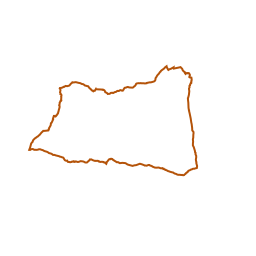 Popesti, Vâlcea, Romania, rotated 311°
{"feature_id": "2599482B78854434160228", "entity_name": "Popesti", "entity_type": "district", "adm_level": 2, "iso_a3": "ROU", "parent_name": "Romania", "parent_adm1": "Vâlcea", "projection": "orthographic", "projection_center": [24.101, 44.98], "detail": "fine", "context": "isolated", "style": "outline", "palette": "amber", "viewbox_px": 256, "rotation_deg": 311, "n_neighbors": 0, "source": "geoboundaries", "source_scale": "gbopen_adm2", "svg_char_len": 5763}
<svg xmlns="http://www.w3.org/2000/svg" viewBox="0 0 256 256"><g transform="rotate(311 128 128)"><path d="M143.0,206.2L144.5,205.2L144.9,204.8L145.3,204.1L146.4,202.5L146.7,202.4L146.9,202.1L147.2,201.9L147.6,201.2L148.6,200.0L150.8,198.6L151.7,197.7L151.9,197.5L152.3,196.4L153.1,195.6L153.5,195.4L153.6,195.1L153.6,194.7L154.7,193.4L156.7,190.2L157.3,188.7L157.6,188.2L158.3,187.7L159.1,187.0L160.3,186.2L162.0,184.4L163.5,183.6L165.8,181.7L166.9,181.0L167.9,180.1L168.1,179.6L168.2,178.6L168.4,178.0L170.2,176.3L172.7,173.5L173.8,172.0L176.3,169.1L179.5,164.9L181.2,162.5L181.4,162.5L182.1,161.4L183.2,160.2L186.6,157.0L188.8,154.6L189.3,154.2L189.8,153.6L190.4,153.5L193.0,152.2L196.0,150.1L197.4,148.5L197.9,148.1L199.0,147.8L199.9,146.9L200.2,146.7L200.9,146.8L201.6,146.3L202.4,146.1L202.9,146.2L203.1,145.9L203.3,145.9L203.7,146.1L203.8,146.0L203.8,145.8L203.9,145.6L204.8,145.3L205.1,144.9L205.6,144.8L206.3,144.3L207.1,143.4L207.6,142.8L206.7,141.4L206.7,140.8L208.6,140.0L209.3,138.4L209.3,137.8L208.6,137.3L208.7,137.1L208.5,136.8L207.3,136.0L206.6,136.0L206.7,135.2L206.8,135.0L207.5,135.3L207.3,133.4L207.4,131.6L208.2,130.1L208.4,127.7L206.6,126.4L202.8,123.5L203.1,122.6L203.3,122.6L203.5,122.5L201.0,121.6L199.4,120.7L199.0,120.6L198.5,120.3L198.3,120.3L198.3,120.1L198.9,118.6L199.1,117.9L199.6,117.0L199.9,116.6L198.2,116.2L196.6,116.2L194.7,115.8L194.0,115.6L192.6,115.4L191.8,115.6L191.1,115.4L189.1,115.7L188.4,115.6L186.8,115.6L184.9,116.0L183.7,116.1L182.4,117.0L181.7,117.3L181.2,117.3L180.2,117.1L178.9,116.3L177.3,115.2L176.9,114.6L174.7,112.9L174.3,112.6L174.0,112.7L173.2,112.0L172.7,111.5L171.9,110.3L170.8,109.1L170.2,108.1L169.6,107.7L168.9,106.7L167.4,105.4L166.9,105.2L166.5,105.2L165.3,105.6L164.1,105.6L163.1,105.3L162.2,105.3L161.7,105.1L161.3,104.8L159.7,102.7L159.4,102.3L158.9,101.0L158.4,100.6L157.1,99.9L156.1,99.1L154.5,99.3L153.9,99.5L153.0,99.4L152.7,99.5L152.1,98.7L152.0,98.1L151.5,97.3L150.2,96.9L149.8,96.7L149.3,95.9L148.9,95.6L147.3,95.2L146.3,94.4L144.7,93.9L144.5,93.7L144.4,93.2L144.2,92.9L143.2,92.0L142.0,91.8L141.5,91.5L140.9,90.8L140.4,90.4L140.6,89.7L140.5,88.5L140.1,87.4L140.9,85.9L140.9,85.0L140.2,83.9L140.4,83.7L136.2,78.4L136.3,78.2L134.2,78.5L133.8,77.8L132.9,77.7L132.9,76.6L132.6,75.9L132.9,74.9L132.8,74.2L132.9,73.0L132.9,72.1L133.3,71.0L133.3,70.3L132.8,69.7L132.5,68.9L131.8,67.6L131.8,67.1L131.8,66.3L131.6,65.3L130.9,64.2L130.8,63.8L130.7,63.2L130.5,62.5L129.6,61.0L128.4,58.6L127.9,58.1L126.6,57.0L126.0,56.0L125.0,56.1L124.0,55.8L121.8,55.9L121.2,55.7L119.6,54.6L119.2,53.9L118.8,53.3L117.1,52.8L116.9,52.4L116.1,52.2L115.0,51.7L113.4,50.4L112.9,49.8L113.1,50.8L112.9,51.4L112.0,52.4L110.3,53.3L109.9,54.3L109.2,54.8L109.5,55.5L109.4,55.8L109.3,56.0L108.6,56.7L107.9,56.9L107.1,57.8L105.6,58.8L105.2,59.3L105.2,59.5L104.7,59.7L104.4,59.4L104.1,59.3L103.5,59.5L103.2,59.7L102.3,59.8L101.6,60.4L101.2,60.7L100.0,61.1L99.9,61.3L99.9,61.7L99.0,62.6L97.9,63.2L96.1,64.0L95.3,64.5L94.7,64.7L93.3,65.5L92.8,65.4L92.2,65.7L91.5,65.7L90.8,65.8L89.9,65.8L89.9,65.6L89.0,65.6L88.9,65.3L88.8,64.4L88.5,64.1L85.5,65.4L85.5,65.8L85.3,65.9L81.8,66.9L81.3,66.7L81.0,66.7L79.6,67.7L79.0,68.0L78.0,68.1L77.0,68.4L76.4,68.4L75.7,68.8L75.2,68.9L75.2,69.1L73.9,69.5L71.2,67.0L70.2,65.9L68.9,65.9L68.2,65.7L64.8,65.8L64.0,65.6L62.4,65.5L62.1,65.3L61.4,65.1L60.4,65.0L60.0,64.7L57.2,64.4L56.2,64.5L55.4,64.9L55.1,65.1L54.2,65.0L52.8,65.1L48.9,67.0L47.5,67.5L46.7,67.8L47.2,68.5L48.3,68.8L49.3,69.5L49.8,70.3L50.0,71.5L50.4,71.9L51.4,73.2L52.5,74.2L53.5,74.7L54.3,75.6L54.7,76.8L55.1,77.6L55.5,78.6L55.7,79.9L56.9,82.5L57.2,83.9L57.2,84.8L57.9,86.1L58.4,87.3L58.5,89.1L59.5,90.2L59.9,91.4L61.5,94.5L61.6,95.2L62.2,96.2L62.6,97.4L63.1,98.3L63.1,99.0L62.5,100.6L62.3,101.6L62.6,102.6L63.1,103.2L63.2,103.5L63.4,103.6L63.2,103.9L63.0,104.8L63.1,105.1L63.4,105.3L63.6,105.7L64.0,106.3L64.1,106.7L64.4,107.0L64.8,107.2L65.2,107.6L65.8,107.7L66.1,108.0L66.3,108.2L67.2,108.7L67.3,109.0L67.0,109.2L67.3,109.5L67.2,109.7L67.3,109.9L67.6,110.1L67.7,109.9L67.9,109.9L68.6,110.6L69.0,111.5L69.2,112.1L69.6,112.6L70.1,113.0L71.9,114.0L73.2,115.9L73.6,116.8L73.9,118.3L74.6,119.2L75.2,119.7L76.4,119.8L77.8,119.9L78.1,120.1L79.3,119.9L79.6,120.4L80.1,120.7L80.3,121.1L80.5,122.2L81.3,124.3L81.7,124.7L81.7,124.9L82.3,125.5L83.3,126.6L83.5,126.9L83.6,127.2L83.5,127.5L83.6,128.0L83.8,128.1L83.7,128.4L84.3,129.4L84.4,129.6L84.9,129.9L85.6,130.7L86.0,131.4L86.2,131.6L86.3,131.8L86.1,132.1L86.7,133.2L87.0,133.5L86.9,134.1L86.7,134.2L86.7,135.1L87.3,134.9L88.4,134.3L89.6,134.4L90.2,134.3L92.0,134.3L92.3,134.4L92.6,134.7L93.0,135.3L93.4,135.2L93.7,135.4L94.3,136.5L94.3,136.8L94.1,137.7L94.4,138.4L94.3,139.2L94.7,140.5L94.7,141.4L94.9,142.2L95.5,142.6L95.7,143.0L95.9,143.5L95.9,144.3L96.1,144.9L98.0,146.6L99.3,148.4L99.7,149.0L100.0,150.0L100.1,151.4L100.5,152.4L102.4,156.3L104.0,157.3L105.3,158.5L108.8,160.4L109.7,162.3L110.5,164.5L110.6,165.2L111.1,165.7L111.8,166.8L113.5,167.7L113.8,168.0L114.1,168.4L114.2,169.5L114.6,170.2L114.9,170.9L114.9,171.9L115.3,172.8L115.5,173.6L115.8,174.3L116.7,175.5L117.7,176.5L118.2,177.0L118.5,177.6L118.9,178.7L119.3,179.5L120.3,180.3L120.3,180.6L120.3,180.9L120.6,181.4L120.3,181.7L120.7,182.1L120.7,182.8L120.9,183.1L121.0,183.4L121.1,183.6L121.0,183.8L121.2,184.0L121.2,184.3L121.7,185.9L121.7,186.4L122.3,187.6L122.5,188.3L123.6,190.6L124.0,191.2L124.1,192.4L124.2,193.0L124.9,194.4L125.1,195.5L125.6,196.6L126.8,198.0L127.5,199.1L128.1,199.6L128.5,200.6L129.2,201.1L129.3,201.2L130.1,201.2L131.0,201.5L131.3,201.5L131.4,201.4L132.2,201.4L132.8,201.7L133.5,201.6L134.0,201.9L134.7,201.7L135.4,201.7L136.0,202.0L136.5,202.3L138.0,202.8L138.6,203.3L139.7,203.7L140.1,204.0L140.8,204.8L141.9,205.4L142.5,205.9L143.0,206.2Z" fill="none" stroke="#b45309" stroke-width="2"/></g></svg>